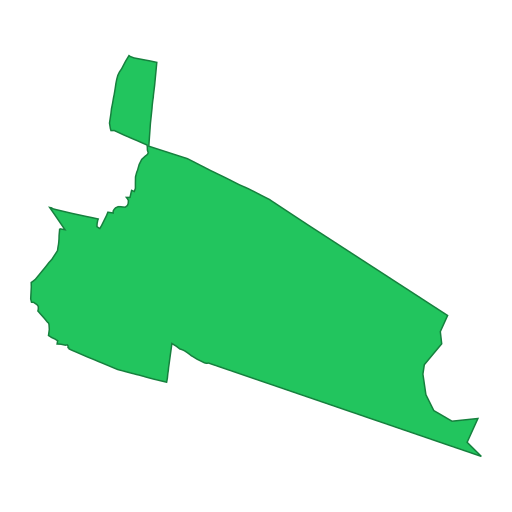 the district of San Antonio de la Cal, Oaxaca, Mexico
{"feature_id": "50627088B70630919067736", "entity_name": "San Antonio de la Cal", "entity_type": "district", "adm_level": 2, "iso_a3": "MEX", "parent_name": "Mexico", "parent_adm1": "Oaxaca", "projection": "albers", "projection_center": [-96.703, 17.028], "detail": "fine", "context": "isolated", "style": "filled", "palette": "green", "viewbox_px": 512, "rotation_deg": 0, "n_neighbors": 0, "source": "geoboundaries", "source_scale": "gbopen_adm2", "svg_char_len": 2749}
<svg xmlns="http://www.w3.org/2000/svg" viewBox="0 0 512 512"><path d="M57.1,344.0L60.8,344.2L65.5,345.2L66.5,345.0L66.9,344.9L67.4,344.9L68.1,346.1L68.0,347.6L68.9,348.1L69.0,348.8L70.7,349.7L73.2,350.8L76.3,352.1L87.3,356.9L94.5,359.8L98.6,361.6L102.1,363.0L104.5,364.0L117.6,369.5L132.6,373.5L133.6,373.7L136.4,374.5L139.2,375.1L142.7,376.1L143.3,376.2L145.4,376.9L153.2,379.0L166.6,382.2L167.2,379.1L167.4,378.0L167.7,374.8L167.9,373.0L168.3,370.5L168.6,367.4L169.1,363.9L169.9,358.0L171.9,343.5L173.5,344.5L176.3,346.2L179.9,349.0L181.1,349.3L183.6,350.3L185.2,351.2L186.2,351.9L187.3,352.6L188.6,353.6L189.5,354.2L191.4,355.8L192.6,356.4L196.6,358.9L196.9,359.1L200.2,360.7L204.4,362.8L205.6,363.1L206.8,363.3L207.5,363.2L208.4,363.0L449.1,445.4L481.3,456.4L467.1,442.3L477.9,418.5L452.0,421.2L433.8,410.6L425.9,394.7L422.9,374.1L424.3,364.7L441.7,343.8L440.3,331.6L447.6,315.5L307.1,224.4L270.9,200.5L269.7,199.6L267.7,198.6L266.5,198.0L260.0,194.7L253.5,191.3L252.2,190.7L248.1,188.6L239.4,184.8L238.8,184.5L233.1,181.6L226.0,178.0L221.9,176.0L221.7,175.9L219.2,174.7L216.9,173.6L214.7,172.5L211.3,170.9L209.7,170.1L187.5,158.7L153.1,147.6L148.8,146.2L150.4,123.6L152.0,108.4L152.2,105.4L152.8,100.3L153.3,97.1L153.4,95.2L154.6,85.5L156.8,62.4L149.9,60.9L145.5,60.1L133.9,57.9L132.1,57.2L130.2,56.5L129.0,55.6L125.6,61.2L123.4,65.4L121.7,68.7L119.4,72.1L117.8,75.4L116.7,79.5L115.9,83.6L115.2,88.4L114.2,94.5L113.5,97.8L112.8,102.0L112.5,103.7L111.5,108.6L110.9,113.9L109.5,123.1L110.4,128.6L111.0,130.6L112.6,130.6L114.2,130.5L124.1,135.1L132.9,138.9L136.3,140.3L142.4,143.0L147.0,145.0L147.3,146.7L147.4,150.1L148.2,152.7L148.2,152.9L147.8,153.8L147.4,154.4L146.3,155.4L145.4,156.0L141.7,159.4L139.2,164.4L137.5,170.4L136.8,172.0L136.2,174.2L135.5,176.9L135.4,182.8L135.4,188.4L134.7,190.3L134.3,191.5L131.6,190.4L130.0,197.4L126.4,197.4L127.0,198.2L127.5,198.8L128.4,200.5L128.2,203.5L127.4,205.5L125.2,207.2L122.9,207.0L120.6,206.7L118.1,206.7L115.5,207.9L114.1,209.5L113.2,211.0L113.2,213.0L107.9,212.2L106.6,215.4L101.5,225.7L99.8,228.5L99.0,228.1L96.9,226.6L97.1,223.5L97.7,220.4L98.2,219.0L91.9,217.6L86.4,216.5L72.0,213.4L64.0,211.5L56.0,209.6L52.6,208.7L51.7,207.9L49.7,207.5L54.5,214.4L61.6,224.8L65.0,229.7L60.3,228.9L59.6,229.3L59.6,229.8L59.1,235.4L59.0,239.0L58.8,241.7L58.5,244.4L58.0,247.1L57.5,250.7L52.4,258.5L52.0,259.2L48.9,262.6L46.3,266.0L35.4,279.3L33.2,281.1L31.2,282.5L31.3,287.0L30.7,298.9L31.5,302.2L33.8,302.4L35.5,303.7L36.7,304.4L37.6,305.4L38.3,306.5L38.3,309.1L37.9,311.0L40.5,314.0L43.9,317.8L47.6,322.3L48.3,322.7L49.0,324.4L49.2,327.4L49.3,329.6L48.5,335.5L50.1,336.5L51.4,337.4L53.1,338.2L54.9,339.0L57.1,340.4L57.7,340.7L57.5,341.5L57.1,344.0Z" fill="#22c55e" stroke="#15803d" stroke-width="1.5"/></svg>